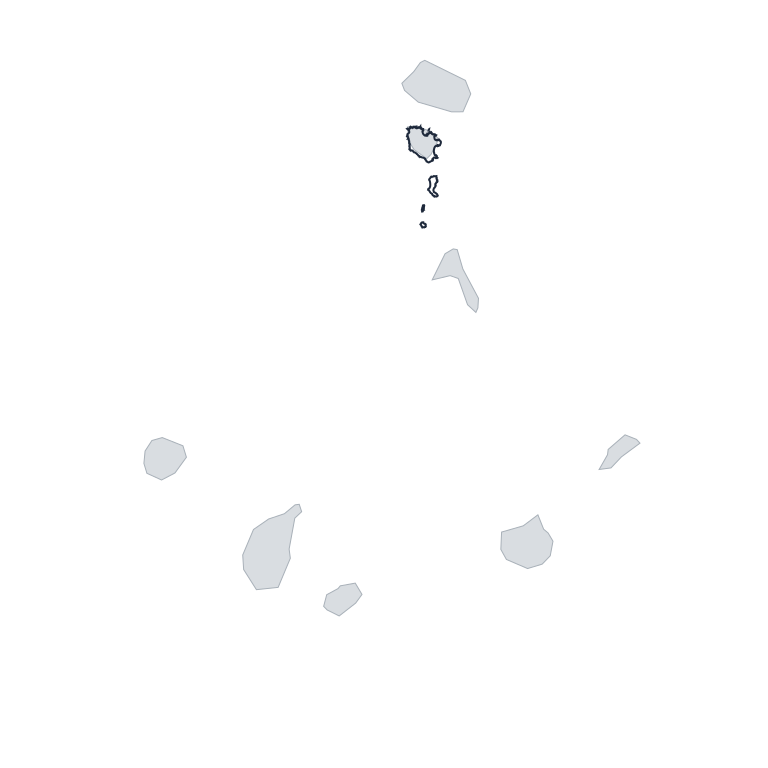 Nossa Senhora Da Luz, São Vicente, Cabo Verde shown in context, rotated 54°
{"feature_id": "66160863B58817505266013", "entity_name": "Nossa Senhora Da Luz", "entity_type": "district", "adm_level": 2, "iso_a3": "CPV", "parent_name": "Cabo Verde", "parent_adm1": "São Vicente", "projection": "robinson", "projection_center": [-24.915, 16.763], "detail": "fine", "context": "in_parent", "style": "outline", "palette": "slate", "viewbox_px": 768, "rotation_deg": 54, "n_neighbors": 0, "source": "geoboundaries", "source_scale": "gbopen_adm2", "svg_char_len": 6910}
<svg xmlns="http://www.w3.org/2000/svg" viewBox="0 0 768 768"><g transform="rotate(54 384 384)"><path d="M486.3,589.2L475.4,608.1L451.6,606.6L439.3,598.8L425.0,575.1L425.4,556.7L430.4,540.8L429.5,527.0L431.5,523.3L438.9,525.7L440.1,535.0L461.8,557.8L469.9,562.2L486.3,589.2ZM176.1,190.6L158.6,194.8L151.2,192.8L148.8,176.4L145.3,165.6L146.1,160.8L186.2,139.7L200.3,143.3L210.2,160.1L203.5,169.4L176.1,190.6ZM580.3,336.4L595.3,340.2L601.0,338.8L610.5,339.7L620.7,350.5L622.7,361.9L617.7,376.3L597.9,388.1L586.5,386.7L572.9,375.9L580.6,354.7L580.3,336.4ZM330.9,620.4L316.9,628.3L307.1,624.9L297.8,616.7L293.3,605.0L297.0,594.9L315.8,583.0L327.1,586.9L333.1,605.4L330.9,620.4ZM370.2,257.2L377.6,263.3L380.1,267.6L369.0,269.8L342.3,261.9L335.2,266.8L328.1,283.8L314.5,258.0L315.4,248.6L318.3,245.8L337.3,252.6L370.2,257.2ZM533.4,562.8L528.4,563.5L520.8,554.2L522.5,541.4L521.6,538.0L528.2,524.3L541.3,525.5L544.6,535.7L545.3,556.6L533.4,562.8ZM226.8,217.0L212.1,221.9L202.9,221.3L189.8,214.0L194.0,206.2L208.1,197.4L217.9,195.6L225.9,211.1L226.8,217.0ZM585.3,249.7L579.6,260.2L572.6,244.7L568.7,241.1L566.8,218.9L577.2,212.3L582.3,211.7L582.5,234.7L585.3,249.7Z" fill="#d9dde1" stroke="#a8b0b8" stroke-width="1"/><path d="M222.9,196.9L222.6,196.6L221.7,195.7L221.0,195.5L220.8,195.5L220.0,195.8L218.7,195.7L218.5,196.0L218.8,196.3L218.6,196.2L218.5,196.3L218.6,196.8L218.2,197.1L217.9,197.1L217.6,197.4L217.5,197.8L217.9,198.0L217.8,198.3L216.8,198.9L215.9,199.1L215.1,198.8L213.5,198.0L213.4,197.2L213.2,197.1L212.9,197.3L212.7,197.2L212.6,196.9L212.7,196.7L213.0,196.5L213.4,196.0L213.3,195.9L213.5,195.8L213.4,195.5L212.7,195.9L212.4,196.4L212.0,196.1L211.7,196.4L211.3,196.6L210.6,198.0L210.2,198.2L209.5,198.1L209.3,198.2L209.0,198.0L208.8,198.1L208.6,197.8L208.2,197.8L208.3,198.2L208.1,199.0L207.8,199.0L206.7,198.8L206.7,199.1L207.1,199.7L206.7,200.1L206.9,199.9L207.1,200.1L207.3,200.1L207.8,200.6L207.9,201.0L207.8,201.7L207.5,201.8L206.9,201.8L206.4,202.6L206.7,202.2L206.9,202.2L206.8,202.5L207.0,202.2L207.4,202.2L207.4,202.6L207.7,202.6L207.7,202.8L207.8,202.5L208.2,202.4L208.4,202.7L208.2,202.8L208.4,202.9L208.3,203.3L208.2,203.6L207.9,203.6L208.1,203.7L207.8,204.1L207.5,204.1L207.6,204.3L207.3,204.6L207.2,204.5L207.1,204.8L206.1,205.2L204.5,205.3L202.9,204.8L202.4,204.3L202.2,204.3L202.1,204.0L202.2,203.7L202.1,203.4L201.8,202.9L201.6,202.8L201.3,202.9L201.2,203.0L201.0,202.9L200.9,202.9L200.7,202.8L200.6,202.7L200.3,203.2L200.0,203.4L199.9,203.8L199.5,203.8L199.3,203.6L198.9,203.3L198.6,203.3L198.8,203.9L198.7,204.2L198.0,204.1L197.2,203.5L197.4,204.1L197.3,204.3L197.6,204.7L197.4,205.0L197.0,204.7L196.8,204.8L196.6,205.6L196.3,205.8L196.3,206.0L196.6,206.5L196.5,207.1L196.1,207.5L195.6,207.6L195.4,207.8L194.8,207.6L194.6,207.2L194.4,207.7L194.7,207.9L194.4,208.2L194.2,208.1L193.9,208.1L193.8,207.9L193.8,208.0L193.4,208.7L193.9,209.0L193.9,209.3L193.6,209.6L193.6,209.9L193.4,209.8L193.1,210.0L192.8,210.8L192.1,211.0L191.4,211.3L191.5,211.8L191.9,212.2L192.3,212.2L192.3,212.4L192.6,212.5L192.5,213.0L192.1,213.1L192.1,213.5L191.9,214.2L191.2,214.8L191.1,215.3L191.7,215.2L191.9,215.0L192.1,215.0L192.6,214.8L193.0,214.7L193.0,214.8L193.3,214.7L194.6,215.2L195.2,215.6L195.5,216.1L195.7,218.3L196.4,218.7L196.7,219.1L196.8,219.4L197.0,219.5L196.9,219.7L197.0,219.6L197.1,219.9L197.4,219.9L198.0,219.4L198.5,219.4L199.3,219.8L199.6,220.4L199.7,220.2L200.0,220.1L200.4,220.0L201.7,220.9L202.3,220.8L202.6,221.0L202.9,221.3L203.8,222.1L204.1,222.2L204.4,221.9L204.9,222.1L205.3,222.6L205.7,222.6L205.8,223.0L206.3,223.6L206.6,223.8L206.9,223.6L207.6,224.1L208.0,224.3L208.1,224.6L208.6,224.7L208.9,225.5L209.3,225.5L210.0,225.2L210.5,225.4L211.0,225.3L211.1,225.1L211.1,224.5L211.2,224.3L212.1,223.7L213.2,223.6L213.6,223.7L214.0,223.5L214.3,223.5L214.5,223.2L214.8,222.9L216.5,222.3L217.2,222.3L217.4,222.1L218.4,222.0L219.0,221.9L219.3,222.0L219.7,221.7L220.3,221.6L220.5,221.7L220.6,221.4L221.2,221.2L221.6,221.4L221.8,220.9L222.1,220.6L222.9,220.2L224.4,218.9L225.0,218.6L225.4,218.6L225.7,218.4L225.9,218.3L226.6,218.7L227.2,218.5L228.0,218.5L228.7,218.6L228.9,218.8L229.2,218.7L229.3,218.5L229.7,218.2L230.4,218.1L231.0,217.7L231.2,217.1L231.1,216.6L231.2,216.1L231.4,215.9L231.4,215.2L231.5,214.5L231.4,214.1L231.6,214.0L231.6,213.5L231.8,213.4L231.6,213.1L231.0,213.1L230.8,212.7L230.5,212.6L230.5,212.1L230.8,212.0L230.3,211.6L230.1,210.7L230.4,210.0L230.8,209.8L231.0,209.5L231.5,209.5L231.6,209.0L231.9,208.8L231.7,208.6L231.8,208.5L231.6,208.5L231.7,208.2L231.5,208.3L231.6,208.0L231.4,207.8L231.2,207.8L231.1,207.6L230.9,207.4L230.7,207.6L230.6,207.4L230.3,207.4L230.1,207.5L229.8,207.4L229.7,207.6L229.4,207.5L228.7,208.3L228.3,208.3L227.4,208.0L226.7,207.6L226.4,207.7L224.9,206.8L223.6,205.7L223.3,205.2L222.8,204.8L222.1,203.6L221.9,203.1L222.0,202.7L221.9,202.2L222.3,201.2L222.7,201.1L222.5,200.7L222.1,200.7L222.0,200.3L222.1,200.0L222.5,199.8L222.8,199.9L222.8,200.2L223.0,200.1L223.2,200.3L223.3,200.2L223.1,199.9L223.3,199.3L223.6,199.2L223.7,199.6L223.7,199.3L223.8,198.5L223.2,197.7L222.9,196.9ZM246.6,219.4L246.3,220.0L245.9,220.5L245.8,220.8L245.2,221.3L245.3,221.5L245.1,221.7L245.1,222.4L244.5,223.3L244.6,223.6L244.0,223.9L244.2,224.9L244.6,225.6L244.9,227.0L245.1,227.3L245.6,227.4L245.8,227.6L246.7,227.6L248.2,228.3L249.7,229.2L251.1,230.3L251.9,231.4L252.2,232.0L252.3,233.2L252.2,233.4L252.3,233.7L252.6,234.0L252.7,233.8L253.3,233.8L255.8,233.9L256.0,234.0L257.1,233.9L258.2,233.3L258.5,233.5L259.5,233.5L260.0,233.7L261.1,232.9L261.6,233.2L261.9,233.2L262.1,233.1L262.2,232.6L262.4,232.4L262.5,232.0L263.2,231.4L263.3,231.0L263.2,230.6L263.4,230.3L263.2,230.0L262.9,229.8L262.9,229.7L261.3,229.5L260.9,229.8L259.7,229.9L258.3,230.8L256.3,230.2L255.8,229.7L254.9,228.4L254.9,227.5L254.6,227.1L254.5,226.7L254.6,226.8L254.4,226.4L254.1,226.1L254.0,225.6L253.8,225.5L253.3,225.6L253.0,225.2L252.9,225.3L252.4,225.0L252.2,224.0L252.1,223.7L252.0,223.8L251.8,223.2L251.6,223.0L251.6,222.3L251.8,222.1L251.6,221.7L250.6,221.5L250.6,221.3L250.4,221.3L250.3,221.1L250.1,221.2L249.8,221.0L249.2,221.0L249.0,220.8L248.5,220.7L248.4,220.3L248.2,220.3L248.0,220.1L247.7,220.2L246.6,219.4ZM279.4,256.4L278.6,256.6L278.5,256.9L278.0,257.2L277.1,257.5L276.8,257.3L276.3,257.3L276.2,257.2L276.0,257.4L275.9,257.9L275.5,258.6L275.6,259.2L276.0,259.6L276.2,260.6L276.6,260.5L276.8,260.7L278.0,260.6L278.3,260.9L278.9,261.0L279.2,260.9L279.9,261.0L280.0,260.2L280.8,259.6L280.8,259.2L280.9,258.9L281.0,258.9L281.0,258.6L281.3,258.2L281.1,257.5L280.8,257.3L280.1,257.2L279.4,256.4ZM263.2,246.5L262.8,246.5L262.4,247.5L263.7,249.0L264.0,249.6L264.6,250.1L265.0,250.7L265.5,251.2L265.8,251.2L266.0,251.1L266.9,251.5L266.9,251.8L267.2,251.9L267.4,251.7L267.5,251.8L266.3,249.8L266.4,249.6L266.2,249.6L265.8,248.8L265.5,248.7L264.7,248.0L263.2,246.5ZM204.5,198.3L204.5,197.9L204.4,197.8L204.4,198.2L204.5,198.3Z" fill="none" stroke="#1e293b" stroke-width="2"/></g></svg>